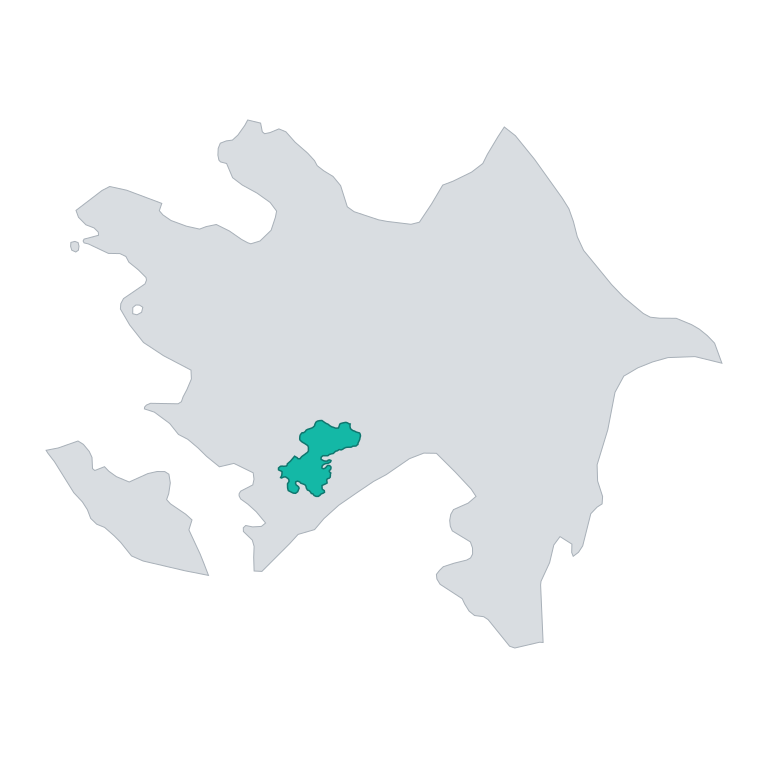 location of Khojavend District, Xocavənd, Azerbaijan
{"feature_id": "54616110B38461317640181", "entity_name": "Khojavend District", "entity_type": "district", "adm_level": 2, "iso_a3": "AZE", "parent_name": "Azerbaijan", "parent_adm1": "Xocavənd", "projection": "natural_earth1", "projection_center": [47.013, 39.65], "detail": "fine", "context": "in_parent", "style": "filled", "palette": "teal", "viewbox_px": 768, "rotation_deg": 0, "n_neighbors": 0, "source": "geoboundaries", "source_scale": "gbopen_adm2", "svg_char_len": 5825}
<svg xmlns="http://www.w3.org/2000/svg" viewBox="0 0 768 768"><path d="M543.1,642.5L539.7,642.2L514.8,648.0L509.6,646.2L488.1,619.6L483.7,616.7L474.5,615.5L469.1,611.1L464.7,604.0L462.2,598.7L440.1,584.3L436.9,579.0L436.4,574.4L439.6,570.3L443.3,566.7L454.1,563.2L466.6,560.1L470.6,557.9L472.6,554.0L472.5,547.9L470.4,541.9L452.3,530.9L450.3,526.2L449.7,520.4L450.8,514.3L453.5,509.6L468.2,503.1L476.0,496.4L471.1,489.0L455.2,472.0L436.4,453.3L423.8,453.1L409.4,458.7L386.3,474.6L373.6,481.4L356.9,492.7L338.8,505.2L323.9,518.6L314.6,529.6L298.1,534.4L289.7,543.6L261.9,571.4L254.1,571.0L253.7,557.3L254.1,546.4L252.3,540.1L243.4,531.5L243.3,527.8L245.7,525.5L252.6,526.9L261.4,526.4L265.6,523.0L256.2,511.7L247.8,504.1L240.7,499.0L239.1,495.9L239.1,493.8L240.6,491.2L252.8,484.9L254.0,479.2L253.2,472.8L233.9,463.4L219.4,466.8L206.5,456.3L198.2,448.1L187.8,439.3L178.5,434.5L169.7,423.5L154.3,412.1L144.4,408.9L144.6,407.1L146.4,405.1L150.5,403.3L178.1,403.8L181.4,401.7L183.1,396.8L186.9,389.6L191.4,379.0L191.0,370.1L163.5,355.7L143.5,342.5L129.7,325.0L120.4,309.0L120.8,303.7L123.5,298.6L145.0,283.9L146.5,280.1L146.0,277.5L138.4,269.9L128.9,262.2L125.9,256.5L119.9,253.6L108.4,253.4L88.3,243.9L84.1,242.9L83.1,241.0L84.1,239.1L98.5,235.3L98.3,232.1L94.0,227.9L85.9,224.8L78.5,217.3L76.0,210.4L102.0,190.5L109.7,186.5L126.6,190.2L161.8,203.4L159.3,210.7L162.9,214.9L171.0,220.5L186.5,226.2L199.6,229.1L206.2,226.6L216.3,224.5L229.4,231.0L241.5,239.4L247.6,242.7L250.8,243.8L260.0,241.0L271.1,230.3L275.4,217.3L276.6,211.1L270.2,202.5L257.0,193.1L242.2,185.0L232.6,177.7L226.6,163.5L220.5,161.9L218.9,160.1L217.9,155.2L218.2,148.4L220.3,143.2L226.3,140.9L232.4,140.1L237.9,135.1L244.8,125.4L247.7,120.0L260.6,123.1L262.3,131.8L264.6,133.7L270.0,132.6L278.9,128.9L285.9,131.8L295.1,142.2L307.7,153.2L314.5,160.6L317.2,165.7L323.6,170.7L333.1,176.5L340.6,185.6L347.3,206.8L354.1,211.7L378.5,219.8L387.0,221.4L411.0,224.3L419.4,222.2L431.6,203.9L442.7,185.1L453.0,181.2L471.6,172.1L482.8,163.5L487.4,154.3L497.9,136.8L504.3,127.0L515.4,135.7L534.6,159.4L562.1,197.9L568.9,208.8L573.4,221.5L577.3,236.8L583.6,250.4L611.6,284.6L623.7,297.2L643.3,313.5L650.3,317.2L659.5,318.2L676.2,318.3L691.7,324.7L699.4,329.2L707.4,335.7L714.6,343.2L721.9,363.2L695.0,356.6L667.9,357.6L652.7,361.9L637.9,367.8L623.8,376.1L615.0,392.3L607.8,429.7L597.1,464.8L597.6,481.0L602.6,496.5L602.1,503.9L597.1,507.1L590.8,513.7L582.7,545.9L578.5,552.3L573.2,556.3L571.7,552.5L571.9,544.1L560.0,536.6L553.8,545.0L549.6,562.7L541.0,581.3L540.6,584.9L543.1,642.5ZM141.6,312.3L142.8,307.3L139.5,305.1L135.9,305.0L132.8,307.5L132.7,313.7L137.0,314.8L141.6,312.3ZM51.9,458.4L47.9,453.2L46.1,450.3L58.1,448.0L78.0,441.0L83.4,444.4L89.2,451.4L92.0,457.4L92.5,468.6L94.8,470.5L104.5,466.7L108.8,471.2L116.3,476.6L129.2,482.0L147.8,473.6L157.1,471.5L164.8,471.6L168.9,474.2L170.3,482.9L168.7,493.7L166.6,499.6L170.4,503.8L185.7,514.2L192.0,519.9L188.9,529.9L200.2,554.2L204.0,563.7L208.5,575.4L185.1,570.8L143.1,561.0L131.5,555.9L120.7,542.4L114.2,535.8L104.6,527.4L96.7,524.2L90.7,518.4L87.4,509.7L82.4,501.9L73.8,492.7L54.4,461.6L51.9,458.4ZM78.4,250.2L75.8,252.0L71.8,250.2L70.6,246.4L70.9,242.4L74.9,241.4L78.1,242.6L79.0,246.2L78.4,250.2Z" fill="#d9dde1" stroke="#a8b0b8" stroke-width="1"/><path d="M350.2,424.0L348.7,423.7L347.8,423.0L346.1,422.4L345.4,422.4L342.5,423.0L340.4,423.6L339.7,424.3L339.2,426.1L338.4,428.0L335.7,428.2L333.7,427.4L331.7,426.8L329.8,425.7L328.2,424.3L325.7,423.2L325.0,422.7L321.9,420.5L319.8,420.6L317.4,421.1L315.9,422.2L314.9,424.3L314.6,425.8L312.9,427.4L311.8,428.0L310.0,428.6L307.5,429.4L306.1,430.2L305.2,431.6L303.4,432.8L302.1,432.7L301.6,433.2L300.9,434.0L300.2,435.1L299.9,436.2L299.8,437.2L299.7,439.1L300.1,440.2L301.8,441.8L303.2,442.7L304.5,443.4L307.2,445.2L308.0,446.0L308.4,447.3L308.4,448.6L308.4,450.3L308.2,451.4L307.2,452.6L305.7,453.6L304.8,454.4L303.3,455.4L301.7,456.6L301.0,457.4L300.1,458.7L298.6,458.7L297.6,458.5L297.1,457.6L295.7,456.9L294.6,456.2L290.5,461.1L287.3,463.9L287.3,464.3L287.0,465.4L286.4,466.0L284.9,466.2L283.6,466.3L282.1,466.1L280.4,466.3L279.5,467.1L278.5,468.0L278.5,468.7L278.5,469.8L279.3,470.3L280.0,470.6L281.0,471.0L282.0,471.7L282.0,472.7L281.9,474.4L281.6,475.8L280.6,477.6L281.6,478.0L283.4,477.1L285.4,476.8L287.7,478.3L288.7,479.3L289.1,481.3L287.5,483.8L287.6,488.0L287.9,489.2L288.3,490.6L290.8,491.9L293.2,493.1L294.4,493.2L295.6,493.3L297.7,491.7L298.4,489.9L299.1,488.2L298.6,486.9L297.4,485.8L296.3,485.1L295.6,483.6L295.7,481.9L297.5,481.1L299.7,481.9L300.8,483.2L302.6,483.8L304.1,484.4L305.1,484.9L306.0,486.3L306.3,488.0L307.4,490.0L309.4,490.8L310.8,492.5L311.3,493.5L312.8,493.8L314.1,495.5L316.1,496.4L318.3,496.4L319.8,495.4L321.2,493.9L323.1,493.2L324.5,492.3L324.3,490.6L322.5,489.4L322.1,488.6L322.0,485.5L323.9,484.6L325.3,484.0L325.7,483.8L327.1,483.0L326.7,479.8L327.5,478.7L329.2,478.2L330.2,477.2L330.4,475.5L330.4,474.1L330.8,473.0L329.9,472.3L329.3,471.6L329.4,470.5L330.4,469.7L330.8,469.0L331.0,467.8L330.9,466.9L329.7,465.6L328.0,465.4L326.5,466.5L326.2,467.2L325.2,468.1L323.7,468.7L323.1,468.7L321.9,468.0L321.9,467.1L322.3,465.7L323.7,464.4L325.6,463.6L328.1,463.3L329.3,462.7L330.4,462.1L330.8,461.4L331.0,460.5L329.6,459.9L328.2,460.1L327.5,461.0L325.7,461.1L324.2,460.9L322.6,460.2L321.0,459.2L321.2,457.2L322.9,455.7L327.9,455.7L329.3,454.5L331.5,453.8L333.2,453.5L334.3,452.5L335.5,451.3L337.6,450.7L338.8,449.7L339.6,449.6L341.1,449.9L342.7,449.3L343.7,448.5L345.5,447.6L346.8,447.3L348.6,447.2L350.4,447.2L351.6,447.0L352.7,446.2L356.0,446.0L357.2,444.9L357.9,444.5L357.9,443.8L358.2,442.7L359.0,441.1L359.7,439.5L360.0,437.7L360.5,436.0L360.3,434.6L359.8,433.3L359.4,432.9L357.9,432.5L356.2,432.0L354.6,431.1L352.7,430.5L350.5,428.7L350.0,426.6L350.0,424.7L350.2,424.0Z" fill="#14b8a6" stroke="#0f766e" stroke-width="1.5"/></svg>